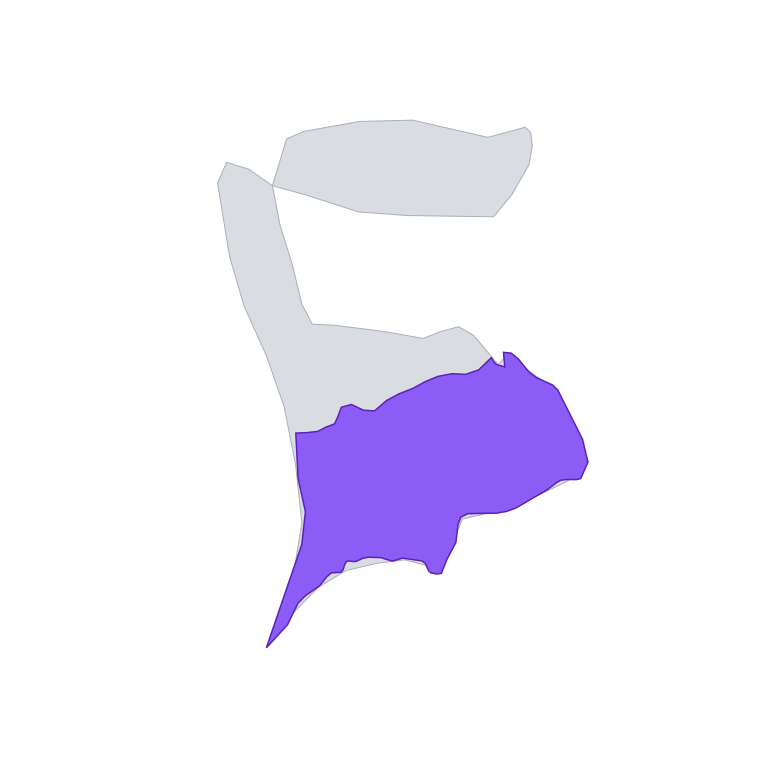 Belait highlighted on a map of Brunei, rotated 287°
{"feature_id": "BRN-1181", "entity_name": "Belait", "entity_type": "District", "adm_level": 1, "iso_a3": "BRN", "parent_name": "Brunei", "parent_adm1": "", "projection": "orthographic", "projection_center": [114.479, 4.349], "detail": "fine", "context": "in_parent", "style": "filled", "palette": "violet", "viewbox_px": 768, "rotation_deg": 287, "n_neighbors": 0, "source": "natural_earth", "source_scale": "10m", "svg_char_len": 1817}
<svg xmlns="http://www.w3.org/2000/svg" viewBox="0 0 768 768"><g transform="rotate(287 384 384)"><path d="M541.0,219.3L505.6,238.1L471.0,261.7L436.3,282.1L420.2,298.0L425.9,320.3L434.3,369.5L439.0,408.1L451.1,423.3L460.6,438.7L456.7,455.5L436.1,487.4L447.8,493.6L433.0,535.9L410.9,567.3L380.3,592.8L360.5,598.7L344.7,587.8L318.9,559.9L290.8,520.9L277.6,498.3L237.2,495.2L222.8,477.3L221.9,455.4L210.5,429.6L194.5,402.1L170.7,380.8L138.8,364.2L125.3,352.3L174.6,353.1L227.1,346.1L281.0,323.0L333.0,295.2L376.6,263.3L417.6,227.4L460.7,199.1L527.4,166.1L550.0,168.7L549.8,192.1L541.0,219.3ZM589.9,219.2L602.2,233.5L627.9,283.8L644.7,334.3L650.2,411.2L670.8,443.9L667.5,450.7L655.2,456.2L636.2,458.5L603.3,451.2L575.9,439.8L551.8,356.6L541.1,309.5L541.9,253.3L541.0,219.3L589.9,219.2Z" fill="#d9dde1" stroke="#a8b0b8" stroke-width="1"/><path d="M253.4,499.1L234.5,495.4L219.8,494.3L217.8,490.4L217.0,483.9L218.4,481.3L224.4,476.1L225.9,471.9L222.9,452.6L217.0,443.7L217.0,431.6L213.7,419.5L211.1,414.7L206.6,409.7L205.2,406.8L204.8,403.4L203.8,400.5L200.7,399.3L194.0,399.1L191.3,397.8L188.0,388.9L182.9,385.6L172.3,381.5L158.2,370.5L149.1,365.8L125.5,362.1L97.2,348.6L206.5,352.3L238.8,346.2L268.7,329.4L311.3,314.0L314.9,324.4L319.2,334.3L325.8,341.1L331.4,348.4L339.3,349.4L349.3,350.0L354.9,358.8L352.9,372.0L355.5,382.8L368.9,391.2L378.9,401.1L388.2,412.8L398.6,423.0L407.0,433.3L413.7,445.9L417.1,459.2L425.2,470.4L439.6,478.4L440.6,478.9L440.7,479.0L438.0,481.6L435.5,485.6L435.7,494.5L449.2,489.0L450.7,496.6L447.6,504.5L437.7,519.3L434.7,527.7L432.3,545.6L429.0,552.0L389.2,590.0L368.9,601.9L351.1,599.8L349.0,596.4L345.7,585.6L343.6,581.2L340.2,577.9L331.1,571.4L303.9,546.3L297.7,538.0L293.5,529.5L284.5,502.1L279.1,496.4L271.1,495.9L253.4,499.1Z" fill="#8b5cf6" stroke="#5b21b6" stroke-width="1.5"/></g></svg>